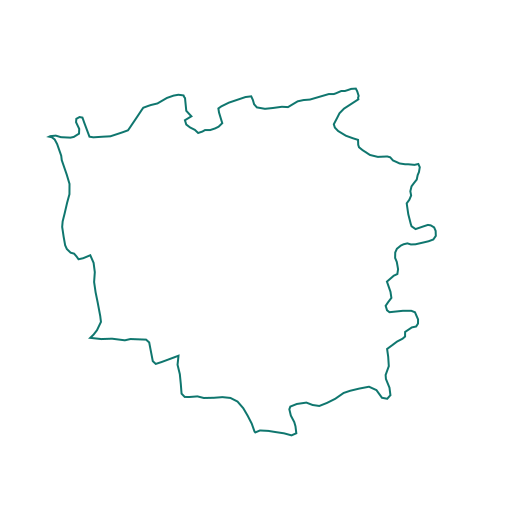 Ariha, Idlib, Syria (Albers equal-area conic projection), rotated 74°
{"feature_id": "27442178B18977709066888", "entity_name": "Ariha", "entity_type": "district", "adm_level": 2, "iso_a3": "SYR", "parent_name": "Syria", "parent_adm1": "Idlib", "projection": "albers", "projection_center": [36.527, 35.771], "detail": "fine", "context": "isolated", "style": "outline", "palette": "teal", "viewbox_px": 512, "rotation_deg": 74, "n_neighbors": 0, "source": "geoboundaries", "source_scale": "gbopen_adm2", "svg_char_len": 3305}
<svg xmlns="http://www.w3.org/2000/svg" viewBox="0 0 512 512"><g transform="rotate(74 256 256)"><path d="M84.3,421.9L85.6,419.5L88.5,417.4L93.6,416.3L105.9,415.6L110.3,416.3L125.6,415.5L135.3,415.4L145.2,418.3L152.6,422.8L162.5,428.3L169.4,432.3L174.6,434.3L184.4,435.6L193.1,436.5L197.2,435.9L200.8,433.8L201.7,433.3L203.6,430.2L207.1,428.6L210.2,427.5L210.5,422.8L209.6,415.1L217.8,414.0L227.1,415.4L236.4,418.8L246.7,420.2L257.0,421.0L270.9,422.3L276.6,423.2L283.5,429.3L286.8,433.8L289.0,437.9L293.2,427.6L295.8,417.2L300.9,405.3L300.9,405.2L301.2,399.6L306.1,384.7L308.7,383.1L309.6,382.5L328.6,384.2L329.8,383.5L332.1,382.1L331.9,376.0L330.5,358.0L331.8,358.5L338.9,361.4L348.6,361.8L358.5,363.6L367.8,365.5L371.8,363.4L373.1,359.3L374.8,351.0L378.1,345.3L380.7,335.5L382.4,327.2L385.4,319.7L390.8,313.9L398.8,310.2L407.4,308.0L416.0,306.3L424.4,305.8L425.4,305.3L424.8,300.3L427.5,292.4L430.6,285.8L434.2,277.9L438.2,271.3L437.5,266.1L430.6,265.0L426.2,265.0L419.0,266.5L412.5,266.2L410.2,264.5L409.5,257.5L410.8,248.0L414.8,242.7L417.6,236.5L416.8,228.3L415.1,219.2L411.8,209.5L411.5,202.6L411.9,193.4L412.8,183.4L418.1,177.2L427.0,174.0L429.4,169.2L426.8,165.1L426.5,165.1L419.4,164.0L410.0,165.0L406.1,164.2L398.5,158.7L389.3,156.7L381.5,155.6L377.1,143.9L375.9,137.9L374.5,134.9L370.1,133.6L367.6,125.9L367.9,121.5L365.6,118.9L361.6,117.7L353.9,118.7L351.5,121.8L349.2,129.7L346.8,143.2L344.3,145.0L339.6,145.1L336.4,141.2L333.6,137.4L327.5,136.6L316.7,137.2L312.9,129.0L312.3,125.1L307.9,123.1L304.4,122.7L300.5,122.3L296.2,122.8L291.0,121.2L287.9,118.6L285.9,113.9L285.4,110.9L285.6,107.0L287.6,103.9L288.7,99.5L289.2,90.4L289.4,86.0L289.0,81.0L286.2,77.6L281.4,76.4L277.6,76.9L274.7,79.6L273.5,82.2L273.7,87.4L274.1,95.2L270.3,98.3L267.7,98.4L257.8,98.1L249.6,97.0L246.9,96.6L244.2,93.1L240.6,90.2L236.3,89.8L231.9,87.3L229.6,84.3L226.8,80.4L222.8,78.3L220.2,76.2L215.8,74.1L212.3,74.6L212.1,78.5L209.7,84.6L209.0,87.2L206.6,92.5L204.4,95.0L201.9,98.0L198.1,99.8L196.5,102.4L194.3,111.6L190.3,118.6L183.6,124.4L179.9,127.0L177.3,127.1L172.5,125.9L169.6,130.3L165.2,136.4L158.5,142.6L154.3,144.8L150.8,144.9L145.9,140.2L141.8,136.4L138.6,130.8L136.1,122.6L133.6,114.4L132.1,114.3L130.4,113.2L125.9,113.3L125.1,113.4L123.7,113.7L122.6,113.9L121.6,118.4L121.8,121.8L121.9,125.1L120.9,128.5L121.7,134.8L121.7,135.2L121.7,135.4L121.7,135.6L121.8,136.4L121.1,138.9L120.4,141.4L120.4,141.5L120.5,161.0L119.2,167.3L118.8,173.3L120.6,180.1L121.7,184.2L119.7,189.9L118.4,198.9L117.0,206.8L113.4,214.2L109.6,216.0L105.1,216.0L101.2,216.6L100.3,222.3L101.1,239.7L102.6,248.1L103.8,251.5L107.8,252.0L115.0,251.9L119.0,251.8L121.4,256.3L122.1,260.2L122.3,265.3L120.9,270.4L121.6,273.2L121.8,277.7L117.9,280.0L114.2,284.0L110.4,286.8L105.9,286.9L103.9,279.6L100.8,281.2L97.2,283.0L87.3,281.2L84.7,280.7L83.4,281.2L81.7,281.4L80.6,283.8L79.6,286.2L79.1,291.0L79.5,298.0L82.2,308.7L81.9,315.4L82.0,318.0L82.2,320.7L82.4,323.5L84.1,325.6L85.3,327.0L89.3,331.7L90.9,333.6L92.5,335.5L95.5,339.1L97.7,341.7L99.9,344.4L100.3,350.2L100.5,354.9L100.7,360.2L100.8,363.0L99.1,370.4L97.1,379.6L95.4,383.2L80.0,384.4L78.0,384.5L75.1,384.7L73.8,387.3L74.6,390.9L77.8,392.1L85.1,390.9L89.6,392.4L91.3,398.3L91.1,401.7L88.0,410.8L85.1,415.3L84.1,420.7L84.3,421.9Z" fill="none" stroke="#0f766e" stroke-width="2"/></g></svg>